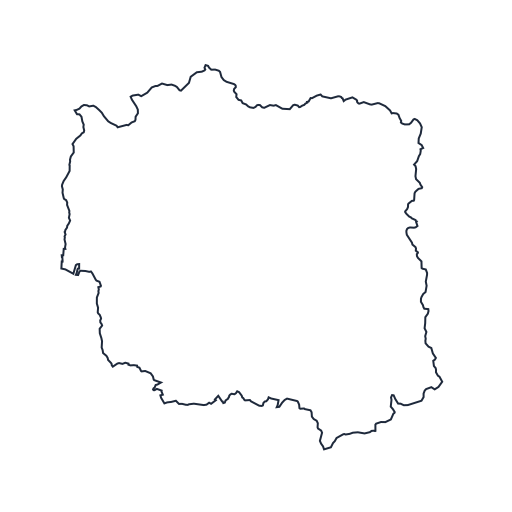 the district of Vata De Jos, Hunedoara, Romania, rotated 188°
{"feature_id": "2599482B15034378499440", "entity_name": "Vata De Jos", "entity_type": "district", "adm_level": 2, "iso_a3": "ROU", "parent_name": "Romania", "parent_adm1": "Hunedoara", "projection": "natural_earth1", "projection_center": [22.573, 46.166], "detail": "fine", "context": "isolated", "style": "outline", "palette": "slate", "viewbox_px": 512, "rotation_deg": 188, "n_neighbors": 0, "source": "geoboundaries", "source_scale": "gbopen_adm2", "svg_char_len": 6067}
<svg xmlns="http://www.w3.org/2000/svg" viewBox="0 0 512 512"><g transform="rotate(188 256 256)"><path d="M455.8,375.0L453.0,371.5L450.5,371.7L448.2,369.6L446.7,365.1L444.9,362.1L444.9,359.7L443.6,356.4L443.8,354.5L445.5,353.2L446.7,350.9L450.3,347.1L453.3,341.3L451.9,339.3L450.9,333.1L453.2,328.8L453.6,325.4L453.2,323.8L453.5,320.2L453.1,319.7L452.4,314.3L454.9,307.5L456.9,303.5L457.9,299.7L457.9,298.1L456.6,295.0L456.4,291.7L454.4,286.5L453.8,285.7L451.8,284.9L450.4,282.7L450.2,280.3L447.1,274.7L447.0,272.9L446.4,271.6L446.6,267.8L445.0,265.2L445.9,262.1L447.1,259.7L447.1,257.8L448.4,255.2L448.5,253.4L448.8,253.1L447.6,250.8L448.3,248.8L447.9,247.8L447.9,245.7L446.2,241.3L446.3,237.9L445.8,236.5L447.4,236.3L447.0,229.9L448.5,229.7L448.1,228.1L447.7,228.2L446.8,224.0L446.8,223.5L447.6,223.5L447.0,216.5L442.9,216.2L434.4,213.0L433.1,221.9L432.0,222.9L430.0,223.4L429.4,218.9L430.6,218.7L430.9,218.1L431.1,214.9L431.7,212.3L429.5,212.4L428.6,216.2L427.5,217.0L422.8,217.4L418.9,217.1L417.3,217.7L415.6,216.0L411.4,210.2L410.5,209.4L407.4,208.7L405.4,204.9L405.6,204.2L407.8,203.2L407.0,201.0L407.2,199.3L406.7,197.5L407.8,192.8L407.0,186.8L405.2,182.8L404.9,178.2L404.3,177.2L402.6,176.0L401.1,173.5L400.7,172.4L401.3,170.6L400.9,168.6L399.4,167.1L398.7,165.7L400.7,162.2L399.9,157.7L397.7,153.2L396.6,150.2L396.1,143.9L394.8,141.5L393.9,138.6L390.2,136.3L388.7,134.4L388.0,132.5L384.7,129.9L384.0,129.1L383.6,127.7L382.4,126.5L378.3,130.2L376.7,130.9L373.2,130.6L370.6,132.1L367.3,131.7L367.2,130.6L365.1,130.2L361.8,130.9L358.5,130.9L358.1,129.6L355.9,129.2L353.8,126.1L353.3,125.8L349.7,126.7L344.0,125.2L341.3,122.4L340.1,119.4L339.5,118.9L332.5,117.5L335.7,115.0L337.4,114.3L338.1,111.5L338.9,110.9L339.4,109.6L338.8,108.9L337.8,109.0L335.7,110.6L330.7,109.6L330.7,108.6L329.0,105.7L331.3,104.7L330.2,102.3L326.2,97.3L323.5,98.7L319.6,99.7L315.2,101.5L311.7,98.8L308.6,99.3L304.7,98.9L302.8,99.1L301.8,99.8L297.0,101.1L287.0,101.1L284.3,101.9L282.0,104.2L279.9,103.4L275.7,107.6L276.7,108.3L273.9,112.3L269.3,107.2L268.7,107.2L267.9,105.8L266.5,106.5L266.0,108.7L263.7,110.9L263.6,111.9L263.1,112.6L263.0,114.1L262.2,115.2L261.0,116.2L258.1,116.1L256.8,117.3L255.8,119.4L253.8,118.8L250.7,115.7L249.9,114.0L248.8,113.5L247.5,111.9L246.7,111.5L242.0,112.5L240.8,111.4L232.0,108.2L229.5,108.3L228.4,109.0L228.2,111.5L227.1,113.1L225.6,113.6L224.2,115.7L223.8,117.8L221.2,117.0L213.6,116.4L213.8,111.3L214.4,109.2L211.9,109.9L209.7,114.4L207.6,117.4L205.4,119.1L195.2,118.1L194.4,117.7L192.6,114.8L191.8,111.4L190.9,110.9L187.2,111.7L186.4,111.2L180.6,110.8L179.2,109.0L178.3,104.7L176.2,102.6L173.0,101.3L171.5,99.0L171.2,95.0L170.6,93.8L167.2,92.2L166.0,90.2L167.0,81.8L165.4,79.2L163.1,76.8L161.7,74.0L155.2,77.0L153.7,81.5L152.2,83.6L150.9,87.0L144.8,91.6L143.8,92.0L142.4,91.7L138.5,92.9L135.5,94.5L130.6,95.6L123.8,95.4L118.7,97.4L117.2,98.9L114.9,99.4L113.8,99.2L113.4,99.4L113.5,100.1L114.3,105.6L113.7,106.7L109.1,109.0L104.8,109.5L99.7,112.9L98.0,119.0L97.1,119.8L96.9,120.7L99.0,123.3L101.6,125.6L101.8,132.4L102.6,134.7L101.9,137.2L100.3,137.2L98.2,133.8L94.7,129.6L92.3,129.9L88.9,128.8L84.9,129.5L72.0,135.7L70.4,139.6L70.9,143.1L70.2,146.2L69.0,147.9L64.1,150.5L60.5,148.8L57.1,151.7L54.1,157.4L57.5,162.0L59.2,162.8L61.6,165.9L61.9,168.4L62.5,170.0L64.5,171.8L65.9,176.9L64.4,178.3L63.7,180.1L67.3,184.1L69.6,189.3L72.5,190.2L75.9,193.1L76.5,195.7L76.4,197.6L77.3,200.2L76.7,204.5L79.0,207.9L79.1,213.0L79.8,219.0L77.8,222.8L77.5,225.5L78.0,227.4L82.0,227.2L83.1,228.7L83.8,230.5L86.3,233.6L86.7,236.7L86.4,238.4L85.1,241.7L83.1,243.9L82.9,250.3L84.3,254.3L84.0,261.1L84.2,263.0L86.0,266.3L89.4,266.6L90.3,267.1L91.4,273.7L95.4,276.7L96.6,278.3L97.0,280.2L96.1,281.7L96.2,282.2L98.5,283.5L98.6,285.7L99.3,287.0L102.7,289.1L103.4,290.9L109.6,298.0L110.3,300.2L110.6,301.8L110.2,303.7L109.2,304.9L107.5,305.7L103.5,306.0L101.9,306.6L100.3,308.2L102.1,311.8L101.7,312.5L102.3,312.6L103.0,313.8L107.0,315.0L108.1,315.9L109.7,316.3L112.8,318.6L114.3,320.1L114.5,320.9L112.8,323.6L112.3,325.7L112.6,328.4L112.3,329.1L109.3,332.3L107.5,332.7L107.2,333.5L107.7,340.2L107.1,341.9L104.4,345.1L101.3,346.2L101.0,347.3L103.1,349.6L104.0,351.3L108.2,354.4L109.2,357.2L109.5,364.4L110.5,367.2L112.2,368.5L109.6,372.4L108.6,377.6L107.6,379.8L107.5,383.2L108.0,384.6L105.5,386.2L107.4,388.9L110.8,390.5L111.2,395.1L109.9,400.1L109.8,406.6L112.0,410.1L115.2,412.9L117.9,413.8L119.0,413.2L121.0,409.5L122.7,407.7L126.9,407.0L129.6,407.5L131.1,408.4L131.0,410.0L133.0,412.6L134.6,415.7L136.5,416.7L140.3,416.6L141.5,416.1L143.5,418.8L148.8,422.4L155.3,424.4L156.9,424.3L162.5,422.0L164.2,422.0L170.7,423.4L174.7,421.3L175.6,421.3L176.7,422.0L177.4,422.8L177.5,423.9L178.3,424.7L182.6,426.5L189.1,423.3L190.7,421.6L192.2,424.2L192.9,424.3L193.7,425.3L195.4,425.7L196.9,425.6L203.7,422.6L212.6,423.3L214.5,424.9L218.1,423.3L222.5,420.1L223.9,420.0L225.4,416.3L226.9,415.7L226.6,415.0L228.4,413.7L229.2,412.4L231.2,411.3L233.0,409.7L234.0,409.4L235.6,410.8L238.7,411.2L240.2,410.5L243.0,406.1L250.4,405.5L257.3,408.2L259.5,407.3L263.2,407.4L268.5,403.9L270.6,404.1L273.1,406.0L274.9,405.9L276.1,405.3L277.2,403.6L279.1,402.3L282.7,402.4L284.6,403.1L286.9,404.7L290.5,405.5L292.3,408.0L295.0,408.2L297.7,410.7L297.8,413.5L300.4,415.6L301.0,416.6L300.9,418.4L299.5,420.4L299.8,421.8L300.4,422.5L301.8,423.2L309.4,424.4L312.4,425.7L315.1,428.4L317.2,433.3L318.6,434.3L322.3,434.9L326.3,434.3L328.8,436.1L329.9,437.6L332.5,438.0L333.2,435.3L332.2,433.6L332.8,432.6L335.3,431.0L340.2,429.7L345.6,424.4L346.5,418.1L353.3,409.3L354.8,409.5L357.9,412.4L360.0,413.3L363.5,414.0L367.6,412.9L373.1,413.7L377.2,410.7L379.3,410.3L382.7,408.4L386.4,402.6L391.9,398.3L395.0,399.4L400.5,397.7L402.3,396.3L400.7,393.6L395.4,387.6L393.4,384.5L392.8,380.9L394.6,377.2L394.3,374.1L394.8,372.6L397.8,370.9L400.7,367.7L402.4,367.8L410.9,364.2L412.2,365.6L418.3,367.5L421.1,368.8L426.1,373.3L428.6,376.4L431.6,378.7L435.3,381.2L438.0,382.2L442.0,380.9L444.3,381.7L447.4,381.6L449.7,379.8L451.4,377.3L453.9,375.7L455.8,375.0Z" fill="none" stroke="#1e293b" stroke-width="2"/></g></svg>